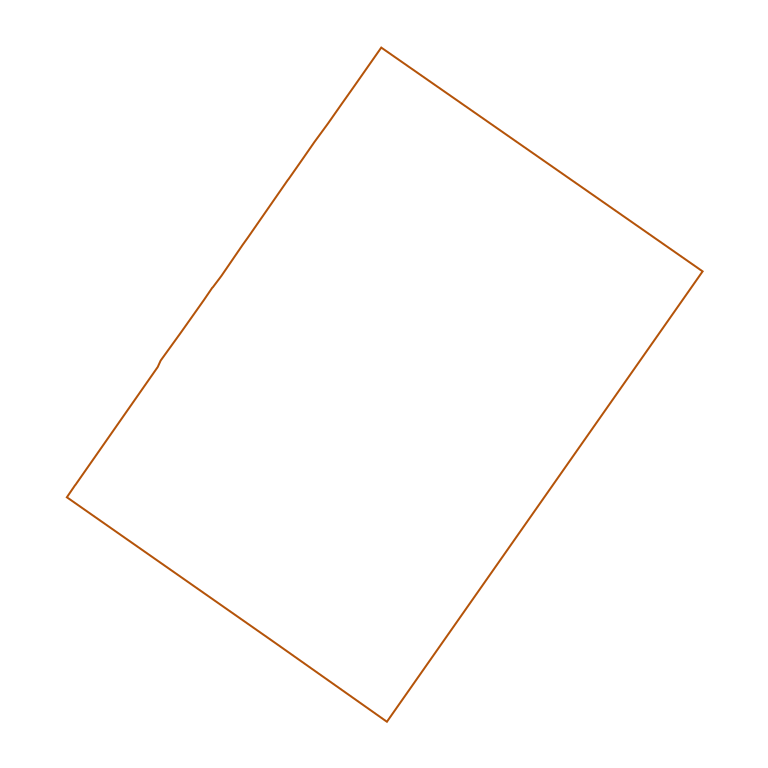 outline of Dickinson, Iowa, United States of America, rotated 305°
{"feature_id": "52423323B9004969002795", "entity_name": "Dickinson", "entity_type": "district", "adm_level": 2, "iso_a3": "USA", "parent_name": "United States of America", "parent_adm1": "Iowa", "projection": "mercator", "projection_center": [-95.113, 43.378], "detail": "fine", "context": "isolated", "style": "outline", "palette": "amber", "viewbox_px": 768, "rotation_deg": 305, "n_neighbors": 0, "source": "geoboundaries", "source_scale": "gbopen_adm2", "svg_char_len": 490}
<svg xmlns="http://www.w3.org/2000/svg" viewBox="0 0 768 768"><g transform="rotate(305 384 384)"><path d="M658.0,188.8L657.7,188.8L634.8,188.8L611.8,188.8L588.7,188.7L565.4,188.7L542.5,188.2L519.6,188.3L496.9,188.3L496.0,188.2L425.8,188.5L416.8,188.4L379.3,188.8L365.0,188.3L364.3,188.1L349.8,188.3L309.7,188.1L275.1,187.6L268.2,188.9L124.4,189.1L123.8,189.0L109.3,189.2L109.5,441.4L109.0,580.1L659.0,580.4L658.7,442.7L658.0,188.8Z" fill="none" stroke="#b45309" stroke-width="2"/></g></svg>